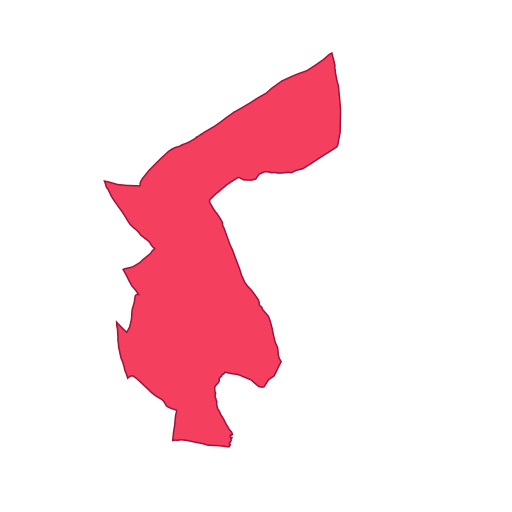 Handeni Mji, Tanga, United Republic of Tanzania, rotated 147°
{"feature_id": "72390352B73978463558570", "entity_name": "Handeni Mji", "entity_type": "district", "adm_level": 2, "iso_a3": "TZA", "parent_name": "United Republic of Tanzania", "parent_adm1": "Tanga", "projection": "orthographic", "projection_center": [37.976, -5.441], "detail": "fine", "context": "isolated", "style": "filled", "palette": "rose", "viewbox_px": 512, "rotation_deg": 147, "n_neighbors": 0, "source": "geoboundaries", "source_scale": "gbopen_adm2", "svg_char_len": 5345}
<svg xmlns="http://www.w3.org/2000/svg" viewBox="0 0 512 512"><g transform="rotate(147 256 256)"><path d="M292.4,153.7L292.3,157.5L291.2,160.8L287.9,167.0L287.0,172.2L286.8,173.5L284.5,180.0L284.0,181.3L282.1,185.9L279.8,192.8L278.8,196.8L278.7,197.5L278.4,198.4L278.5,199.2L278.9,202.6L279.0,203.1L279.2,204.6L279.4,206.1L279.7,207.7L279.2,209.3L279.0,209.8L279.0,210.0L279.5,211.2L279.7,211.7L279.7,213.1L279.8,213.5L279.5,214.0L279.3,214.3L278.5,215.5L277.9,218.1L277.9,219.1L278.0,221.4L278.1,224.1L278.1,224.4L278.2,226.5L278.5,230.0L279.0,232.8L279.5,235.0L279.5,236.2L279.5,236.3L279.7,239.0L279.8,239.2L279.4,242.5L278.6,247.7L278.2,249.0L276.6,255.0L275.9,258.3L273.5,269.2L272.3,274.5L272.2,275.7L272.0,277.2L271.9,277.9L271.7,279.4L270.1,286.3L269.2,290.2L268.6,292.7L268.3,294.0L267.9,295.4L267.7,296.6L267.6,297.2L267.5,299.1L267.1,299.7L266.9,300.8L266.8,301.2L266.2,301.5L266.0,302.0L265.9,302.4L265.6,306.8L265.6,310.1L265.6,311.9L265.9,315.6L266.0,317.2L266.1,317.5L265.8,322.8L265.8,323.0L265.7,323.8L265.7,324.1L265.7,324.5L265.7,324.8L265.6,325.9L265.6,326.7L265.5,326.8L264.7,327.6L263.7,328.5L263.0,328.6L259.5,329.2L258.9,329.4L256.0,329.9L255.4,330.0L254.5,330.1L252.4,330.3L250.4,330.6L249.3,330.7L247.8,330.9L244.3,331.3L240.7,331.7L233.1,331.7L228.4,331.6L227.8,331.2L227.3,330.8L227.2,330.7L224.8,326.5L221.3,324.0L218.1,321.9L214.2,320.7L212.6,321.4L210.5,322.2L208.9,322.9L207.7,322.7L204.4,322.2L202.6,321.8L202.2,321.6L198.7,318.8L197.7,317.4L196.6,316.8L194.3,315.5L193.4,314.5L193.2,314.2L192.6,313.8L192.5,313.7L190.1,312.1L183.5,308.6L183.4,308.5L182.5,307.9L181.9,307.4L181.0,306.6L177.9,306.2L175.6,305.9L172.3,304.8L171.0,304.3L170.8,304.3L170.8,304.2L169.4,303.7L159.2,303.6L157.5,303.6L150.0,303.6L146.2,303.6L143.1,303.6L142.3,303.6L138.7,303.5L134.5,303.5L133.7,303.5L129.6,303.5L129.0,303.5L127.5,304.2L127.2,304.3L122.6,309.2L119.0,313.0L118.1,313.9L116.2,316.7L114.4,319.4L105.2,332.9L104.9,333.6L104.7,333.9L103.0,337.1L99.7,343.3L98.7,345.2L96.8,348.8L94.3,353.7L93.2,357.2L93.0,358.0L90.0,365.4L88.8,368.0L88.7,368.1L86.8,372.1L86.2,372.4L84.8,376.1L84.3,377.6L84.2,377.7L84.1,378.0L83.6,379.6L83.5,379.8L83.4,380.3L82.2,383.9L81.8,384.9L84.4,385.2L92.6,384.0L102.7,383.7L112.4,383.7L120.7,385.7L126.8,386.9L138.8,388.7L151.7,388.1L158.6,387.0L168.4,387.6L177.6,387.6L187.4,388.0L196.0,388.6L205.6,388.2L213.6,387.6L220.6,387.4L232.6,388.0L235.6,387.7L235.6,388.0L241.4,387.8L241.5,387.8L241.5,388.0L242.0,387.7L243.7,387.7L245.7,387.8L248.5,387.9L252.1,388.3L256.5,389.3L258.1,389.6L258.1,389.3L260.3,389.7L265.5,391.2L268.4,391.2L268.4,391.5L268.5,391.5L268.5,391.4L272.1,391.4L282.7,389.6L299.1,386.1L305.3,384.0L308.6,383.0L311.9,381.4L313.5,380.2L314.7,378.2L315.5,378.3L317.3,379.5L322.8,383.4L325.9,385.5L333.2,391.4L338.6,397.6L339.0,398.1L342.3,401.4L342.9,398.7L344.0,395.3L343.8,392.3L344.3,388.4L344.8,384.8L344.8,380.1L344.5,371.6L344.2,367.1L344.2,365.9L344.2,359.1L344.4,355.3L344.4,351.1L343.2,346.2L342.0,342.5L341.7,340.6L341.5,339.6L341.3,336.2L340.7,334.6L339.4,330.7L339.2,330.7L339.2,330.3L338.5,328.4L337.9,326.3L337.8,324.2L337.9,322.2L337.6,319.8L336.9,317.5L340.6,316.7L342.8,315.6L343.7,315.5L347.6,315.1L351.3,314.7L352.2,314.7L357.2,313.7L361.9,313.9L362.2,313.9L365.1,314.0L368.8,315.2L373.0,316.8L374.8,317.1L375.0,313.6L375.2,311.3L375.3,309.8L375.9,304.9L376.4,298.8L375.6,292.9L375.4,287.7L376.3,288.5L377.9,288.7L378.9,288.4L379.7,287.6L383.0,283.8L386.5,280.7L388.9,278.7L389.0,278.6L391.6,275.3L392.1,274.6L394.8,270.9L397.8,268.0L398.2,267.6L400.6,265.3L403.0,264.0L406.0,262.4L406.2,263.2L407.4,268.4L408.5,273.8L408.9,276.4L410.7,273.5L412.2,269.7L414.1,266.5L415.7,263.6L416.9,261.7L417.5,260.8L419.4,256.9L420.7,254.7L421.8,251.7L423.7,246.9L424.9,243.5L425.4,240.2L426.7,235.8L428.3,231.4L428.7,228.9L429.0,227.7L430.0,223.9L430.2,223.4L427.5,223.7L427.1,223.8L426.7,223.6L424.4,222.4L423.8,220.8L423.8,220.7L422.8,218.1L421.6,213.5L420.6,209.4L419.9,206.6L419.0,202.9L418.5,200.7L418.1,198.8L417.3,196.2L416.1,193.0L414.8,190.3L413.2,187.1L412.8,185.6L412.5,183.3L412.7,180.6L412.7,178.8L412.1,177.5L410.3,174.5L407.9,171.6L407.1,170.5L406.7,170.0L407.2,169.1L407.5,168.6L410.2,166.2L413.3,162.3L416.6,158.1L420.9,153.4L423.8,149.8L426.4,146.6L424.2,145.7L422.1,144.2L418.7,142.5L414.4,139.0L409.2,133.8L403.2,128.0L399.3,123.5L396.8,121.7L396.2,121.2L391.5,117.9L388.0,115.2L384.8,112.3L384.0,111.7L382.5,110.6L382.0,110.9L381.4,111.2L380.4,111.7L380.8,112.3L380.4,113.4L379.0,113.8L378.4,114.4L377.8,114.4L377.3,114.9L376.7,116.0L375.9,116.3L375.1,116.8L376.2,117.5L376.0,118.6L374.9,119.8L374.1,119.0L372.9,119.1L372.6,120.2L372.4,122.0L372.9,125.6L372.7,128.3L372.6,131.6L372.1,135.5L371.9,139.0L371.9,142.2L371.3,145.8L371.3,148.3L371.0,149.9L369.6,153.4L368.2,155.1L367.9,157.0L367.2,158.5L367.2,159.9L365.6,162.1L364.5,162.9L364.5,164.1L363.4,166.3L361.9,168.6L359.7,169.5L357.0,170.1L355.7,170.6L354.5,171.7L353.4,173.5L351.6,173.8L350.2,174.1L348.8,175.0L347.4,174.7L345.3,175.4L344.1,174.2L343.7,173.8L341.3,171.4L340.5,170.6L336.7,167.4L334.4,164.8L332.3,161.5L330.6,159.1L330.0,158.2L327.6,154.8L326.8,151.7L325.7,147.9L324.7,145.1L324.8,145.0L324.8,144.9L323.3,143.6L322.4,142.7L320.5,141.9L316.7,143.6L312.7,145.5L309.3,145.5L306.0,145.6L297.1,151.0L295.2,152.1L292.4,153.7Z" fill="#f43f5e" stroke="#9f1239" stroke-width="1.5"/></g></svg>